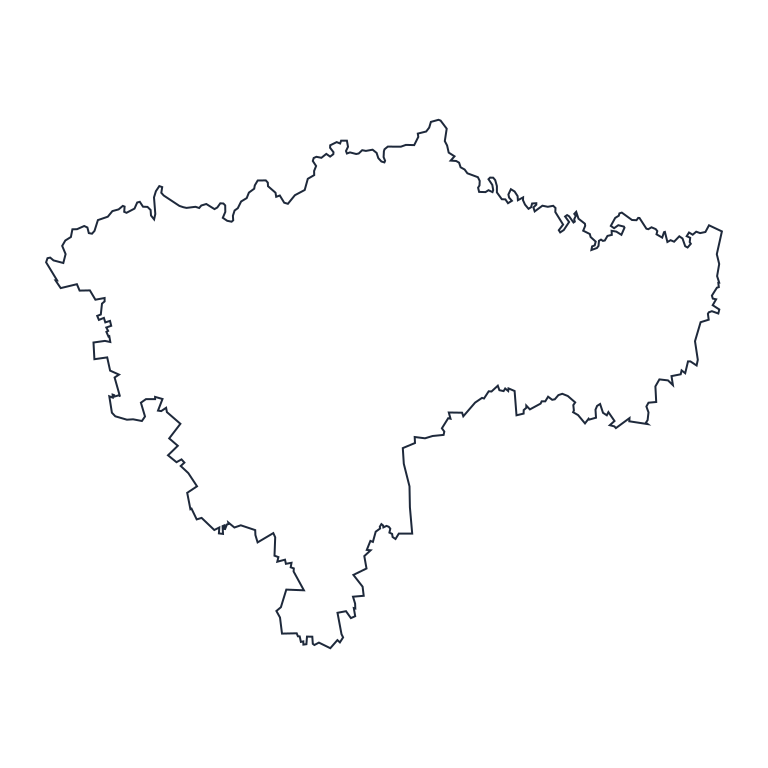 outline of Fezile Dabi, Free State, South Africa
{"feature_id": "47623444B21501715606105", "entity_name": "Fezile Dabi", "entity_type": "district", "adm_level": 2, "iso_a3": "ZAF", "parent_name": "South Africa", "parent_adm1": "Free State", "projection": "natural_earth1", "projection_center": [27.835, -27.476], "detail": "fine", "context": "isolated", "style": "outline", "palette": "slate", "viewbox_px": 768, "rotation_deg": 0, "n_neighbors": 0, "source": "geoboundaries", "source_scale": "gbopen_adm2", "svg_char_len": 6086}
<svg xmlns="http://www.w3.org/2000/svg" viewBox="0 0 768 768"><path d="M46.1,262.3L57.1,280.4L55.5,280.4L60.7,288.1L76.9,284.2L79.6,290.6L89.9,290.4L95.4,299.7L104.6,298.0L104.6,301.4L102.0,303.6L100.8,314.5L97.2,315.9L98.9,319.9L103.9,317.9L105.3,322.4L110.0,320.9L111.2,325.8L106.3,327.5L108.1,330.9L106.4,331.9L108.5,336.6L109.3,336.2L110.3,342.0L104.9,340.9L93.5,342.5L94.4,359.2L107.2,357.4L110.1,370.6L119.0,374.6L114.6,377.5L120.0,396.6L119.1,395.2L113.3,396.9L114.0,395.1L112.6,394.6L112.7,397.6L109.3,396.3L111.9,412.7L115.3,416.3L126.9,419.7L133.1,419.3L141.9,421.0L145.0,416.5L140.9,402.7L146.0,399.1L155.1,399.1L155.1,396.9L162.5,399.0L158.0,410.6L161.2,411.1L166.1,407.8L166.9,412.1L180.4,423.8L169.2,438.4L177.8,445.8L168.0,455.3L176.5,462.2L181.5,459.4L184.4,462.6L180.7,466.0L188.3,473.1L197.0,486.3L187.2,492.8L190.4,509.2L191.5,508.6L196.7,519.4L201.6,517.9L214.3,530.0L219.3,527.5L218.9,533.4L223.0,533.9L222.6,526.1L224.5,525.3L224.8,529.8L226.9,524.5L228.6,524.0L228.3,522.5L234.4,527.5L240.8,525.3L255.2,530.1L255.4,535.0L257.6,542.4L273.3,533.1L275.2,537.3L274.5,555.7L278.4,557.1L277.3,561.7L285.0,559.7L285.9,563.8L291.5,562.8L290.7,567.3L293.8,568.4L293.6,571.5L303.9,590.3L286.3,589.6L280.9,607.2L276.4,611.0L280.0,617.5L282.0,633.6L296.7,633.3L297.9,636.3L299.7,636.4L300.9,641.9L303.3,641.4L303.4,644.6L306.4,644.2L307.0,636.6L312.3,636.7L312.8,643.8L314.4,645.0L318.9,642.6L330.3,648.2L337.4,640.1L339.9,642.4L343.1,637.4L341.5,634.2L337.5,612.8L346.0,611.2L350.9,618.1L355.2,616.2L353.8,608.1L355.3,608.5L355.1,603.6L353.0,596.7L363.7,595.8L362.6,586.7L353.4,574.9L366.5,568.5L364.3,556.1L370.6,550.3L366.8,549.9L370.4,540.9L372.9,541.9L375.7,531.7L380.1,528.5L379.8,526.7L381.4,524.1L383.1,525.5L383.4,527.4L386.5,525.9L388.8,526.8L390.3,528.7L389.4,532.6L392.1,533.9L392.6,537.0L395.5,539.0L398.8,533.6L412.2,533.6L409.9,507.2L409.5,486.4L403.8,463.8L402.8,448.1L415.0,443.0L414.7,437.0L425.0,438.3L432.6,436.0L443.6,434.9L444.3,431.6L441.9,428.3L448.2,418.2L450.5,418.7L448.8,412.5L462.1,412.7L463.3,416.3L475.1,402.6L482.0,397.9L484.0,398.5L488.7,391.3L491.5,391.5L497.8,385.7L499.4,390.2L503.6,391.1L505.2,388.5L508.2,391.0L508.5,388.4L514.6,391.0L516.5,415.3L523.6,413.6L523.7,410.1L526.3,407.8L526.3,405.6L529.9,409.4L540.6,403.6L541.7,401.3L545.3,401.3L548.1,396.7L552.2,399.8L554.8,399.3L558.4,395.1L562.3,393.8L567.8,396.0L575.2,402.4L573.3,405.1L573.9,410.5L573.1,412.2L578.1,415.1L585.0,423.4L588.6,418.7L589.2,419.6L596.0,417.7L595.5,409.7L597.1,405.9L600.1,404.0L603.0,412.8L606.8,415.3L608.4,412.1L614.5,421.0L609.8,425.2L614.4,426.4L615.9,428.1L629.5,418.1L629.3,421.3L647.7,424.1L645.9,422.7L647.6,420.1L648.5,412.4L646.4,406.5L648.5,402.7L656.2,402.0L655.4,386.4L659.4,379.4L668.0,380.4L672.9,385.1L671.5,376.1L680.7,374.3L681.6,370.4L685.2,373.2L688.0,361.4L690.4,361.4L696.6,365.5L697.8,359.8L695.0,341.2L700.6,322.2L708.7,319.7L707.9,313.8L708.8,312.3L711.9,311.2L718.3,313.5L719.3,309.5L712.7,305.2L716.1,299.3L712.8,298.6L711.9,295.6L716.9,287.7L718.8,287.1L718.3,282.8L719.2,282.7L717.1,276.1L719.2,264.0L716.8,254.2L721.9,231.4L709.0,225.3L705.4,232.0L700.1,233.1L696.2,231.7L692.7,234.7L689.0,232.5L686.7,236.2L690.2,237.8L689.7,242.1L690.8,243.8L687.6,247.5L685.2,246.2L682.5,238.5L679.3,236.3L674.1,241.7L670.6,240.2L667.4,242.0L664.9,231.9L664.0,232.2L662.2,237.6L656.5,234.3L657.3,231.1L655.7,229.1L651.5,227.3L648.3,229.2L646.4,228.7L639.5,218.0L638.2,217.9L636.5,220.2L632.0,220.0L621.8,212.6L619.4,213.4L618.8,215.7L615.2,217.9L610.8,225.9L614.1,228.2L618.3,225.2L623.9,226.6L624.5,227.7L621.4,234.8L616.3,231.6L611.6,230.8L611.8,234.9L607.5,235.9L604.8,240.5L602.9,240.9L601.0,239.6L599.0,240.8L598.5,245.9L596.9,248.0L591.4,250.0L592.1,246.4L594.7,245.4L595.7,241.6L590.6,237.0L589.8,234.0L583.2,230.7L585.2,225.8L584.9,223.7L578.5,218.7L576.2,211.8L574.3,213.9L575.8,215.9L574.2,219.2L574.8,221.6L573.5,222.5L569.1,216.3L567.1,215.1L565.1,216.5L569.1,222.0L563.8,230.0L560.2,232.4L558.8,230.2L563.1,224.6L555.3,212.0L555.5,208.0L553.2,205.8L547.8,206.8L542.4,205.7L534.7,211.4L533.4,207.4L536.3,204.7L536.3,203.2L532.1,203.5L531.1,207.2L528.5,208.8L525.0,204.6L523.0,200.2L523.1,197.4L517.9,200.2L517.6,196.1L514.6,191.5L510.9,189.2L508.4,194.5L509.1,197.6L511.9,200.8L508.0,203.2L505.4,199.4L501.8,199.2L496.9,192.4L496.9,186.1L495.2,180.1L493.2,177.7L490.1,177.6L488.5,179.2L492.3,184.9L493.2,190.1L492.5,192.1L488.5,190.2L485.5,192.1L479.1,191.9L478.1,187.7L479.5,185.4L479.7,180.9L477.9,177.2L467.4,173.3L464.6,169.5L460.6,167.3L459.1,162.7L456.2,161.0L450.7,160.6L454.5,156.3L448.7,152.6L447.1,145.5L444.8,141.1L446.7,128.7L440.6,120.6L438.5,119.8L430.9,121.9L429.2,127.6L426.2,131.5L417.8,133.6L418.3,136.9L414.2,145.1L405.9,144.9L400.8,146.7L387.8,146.6L384.5,149.3L383.9,151.3L383.6,157.1L385.1,160.8L384.4,162.4L381.4,161.5L378.3,158.1L376.6,152.9L372.6,149.7L365.9,150.9L362.2,150.2L358.7,153.5L356.2,154.0L350.0,152.4L346.9,153.5L346.0,151.0L348.0,146.8L346.9,140.7L341.1,140.7L340.1,143.5L336.7,142.1L330.2,145.3L330.1,147.8L333.5,152.2L333.3,154.2L330.1,156.6L326.3,153.9L321.4,157.8L316.4,156.8L313.7,158.0L312.8,161.0L316.1,166.0L314.1,171.0L314.2,175.1L307.8,178.8L304.7,190.0L294.9,195.2L287.9,203.8L284.2,202.7L279.8,195.5L276.2,196.8L275.5,192.7L268.0,186.2L267.8,182.6L265.8,180.4L257.7,180.5L254.8,185.4L254.2,188.7L248.9,192.6L246.7,198.1L241.1,201.5L237.8,208.2L234.6,210.5L232.9,215.8L233.2,220.3L231.6,221.7L227.2,220.8L222.8,217.8L225.3,211.9L225.2,205.4L223.4,203.5L220.3,203.3L217.3,207.5L214.5,209.1L206.3,204.0L201.3,205.5L199.2,208.0L195.5,206.8L186.5,207.9L183.3,207.2L179.4,205.9L163.7,195.5L161.3,192.8L162.2,187.1L159.3,186.1L155.9,191.2L154.0,197.4L155.3,214.0L154.1,219.4L151.0,215.5L150.6,210.0L147.5,206.9L143.0,206.7L139.8,201.8L137.2,202.5L134.5,208.6L126.5,212.8L124.2,211.8L124.6,206.6L122.8,205.9L118.6,209.4L112.4,211.1L107.8,216.7L97.9,220.1L94.5,230.9L92.0,233.7L88.8,233.1L87.4,227.5L84.2,226.0L77.0,229.2L72.4,229.3L70.9,237.0L65.3,240.5L62.2,245.9L65.6,254.1L63.3,263.0L53.5,260.4L50.2,257.6L47.5,258.2L46.1,262.3Z" fill="none" stroke="#1e293b" stroke-width="2"/></svg>